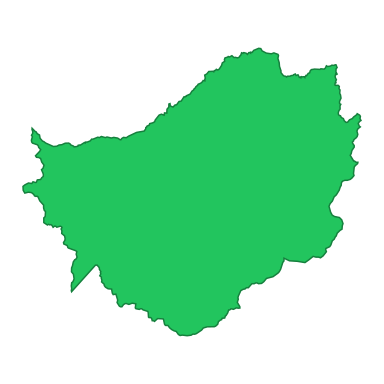 Planadas, Tolima, Colombia (orthographic projection)
{"feature_id": "7082276B16084639884321", "entity_name": "Planadas", "entity_type": "district", "adm_level": 2, "iso_a3": "COL", "parent_name": "Colombia", "parent_adm1": "Tolima", "projection": "orthographic", "projection_center": [-75.818, 3.098], "detail": "fine", "context": "isolated", "style": "filled", "palette": "green", "viewbox_px": 384, "rotation_deg": 0, "n_neighbors": 0, "source": "geoboundaries", "source_scale": "gbopen_adm2", "svg_char_len": 5872}
<svg xmlns="http://www.w3.org/2000/svg" viewBox="0 0 384 384"><path d="M353.7,161.0L350.2,155.3L351.2,153.6L351.9,150.5L354.2,147.1L354.2,145.6L352.6,143.2L352.4,142.0L353.6,140.9L353.8,139.7L356.3,137.7L357.2,136.4L357.8,134.4L356.9,131.0L357.9,128.8L360.3,126.9L359.2,126.0L358.2,123.4L359.6,121.4L361.0,120.5L360.0,118.6L360.4,116.3L359.6,115.1L357.2,113.7L356.7,114.7L353.6,117.0L352.3,118.6L349.5,119.8L347.6,122.2L346.0,122.4L344.2,120.7L343.4,118.6L341.3,117.5L340.5,115.8L339.2,115.4L338.4,114.3L338.3,112.6L339.0,110.5L340.1,109.1L340.0,105.9L340.8,104.3L339.8,103.8L339.5,103.1L339.6,101.2L341.0,98.2L340.5,94.9L339.7,93.3L340.0,90.0L339.0,88.6L339.3,86.4L338.1,85.3L335.5,85.4L334.9,84.9L335.2,82.9L336.0,82.7L335.6,81.1L336.4,79.8L335.4,77.8L335.1,76.1L335.7,73.9L336.6,74.5L337.1,74.1L335.9,71.8L336.1,68.7L337.1,67.6L336.0,64.8L335.1,64.8L334.1,65.4L331.8,65.2L330.4,66.1L327.6,66.5L326.4,65.8L325.4,68.0L324.2,69.1L320.8,68.8L320.1,69.4L314.6,69.1L311.4,69.6L310.3,70.7L309.6,72.9L308.3,73.3L306.7,75.5L305.9,75.5L305.8,76.2L304.9,76.7L304.8,77.4L304.2,76.7L301.8,76.9L301.3,76.6L300.7,76.9L300.7,77.7L300.0,77.2L299.4,77.4L298.0,74.8L296.1,75.5L295.3,74.0L293.6,74.7L293.1,75.4L291.0,75.6L290.5,76.1L288.7,76.3L287.9,76.1L286.5,77.0L285.8,76.3L284.2,76.1L283.1,75.3L280.9,72.5L281.0,70.9L279.5,66.4L279.2,62.7L277.9,58.3L278.5,55.6L278.0,54.4L273.9,52.9L271.3,53.8L266.3,53.1L262.1,50.9L260.8,48.6L258.7,48.3L253.7,50.4L252.2,52.4L250.7,52.2L250.6,53.2L249.5,52.5L248.8,52.6L247.4,54.4L246.3,53.3L243.9,52.6L243.3,52.7L242.9,53.4L241.6,52.8L240.7,55.3L240.0,55.8L239.3,57.1L237.6,57.9L235.2,57.3L234.0,57.6L231.9,55.7L229.4,57.0L228.2,56.5L227.7,57.1L225.0,57.9L224.4,59.6L224.7,61.3L222.3,62.9L221.6,65.4L219.2,69.1L217.8,70.0L216.3,69.3L215.5,70.4L214.3,70.6L213.8,71.8L212.8,71.3L208.8,71.5L206.7,74.0L204.7,75.1L205.3,78.3L204.8,79.2L204.9,80.8L203.2,80.5L202.2,82.0L200.7,83.2L198.2,84.2L197.5,85.4L195.9,86.7L195.2,88.0L193.9,89.1L193.7,89.9L192.0,91.1L190.1,94.1L186.7,95.6L186.3,96.3L185.5,96.3L184.9,97.0L184.0,96.8L181.2,101.1L179.0,101.5L176.6,104.8L175.0,105.0L173.0,107.1L170.3,105.9L170.0,103.6L168.9,104.0L168.8,107.1L167.0,109.2L166.8,113.1L164.5,112.9L164.1,115.2L161.4,114.2L159.1,115.1L155.3,119.9L154.6,121.8L152.6,122.9L149.7,123.6L149.3,125.0L146.9,126.2L146.5,127.2L145.8,127.5L145.7,128.9L144.1,131.1L136.6,132.4L128.7,136.1L126.3,137.7L123.5,137.4L121.6,138.6L121.0,139.7L120.2,139.8L117.7,138.1L113.8,137.4L111.3,138.0L107.0,137.0L105.4,137.6L101.3,136.5L99.5,137.6L97.8,137.2L92.9,139.2L91.7,139.1L90.2,140.9L87.2,142.1L85.6,142.1L85.2,143.0L84.5,142.5L80.2,145.2L79.5,145.0L78.1,145.3L77.9,146.2L76.8,146.5L74.1,146.9L73.6,146.1L70.9,145.0L70.1,143.9L68.7,143.1L65.2,143.2L61.8,144.7L59.0,145.0L56.9,146.2L53.4,146.5L45.6,143.0L43.7,141.5L42.6,141.2L40.1,138.3L39.5,135.0L37.1,133.6L36.3,132.0L35.1,131.4L32.1,128.3L32.0,129.5L32.8,131.9L32.6,133.5L31.5,135.3L32.4,136.7L31.4,140.2L31.7,142.0L32.5,143.1L37.4,144.8L38.2,145.7L38.7,147.4L40.7,149.7L39.6,151.4L35.5,155.8L36.5,157.3L38.7,157.5L40.6,158.5L41.7,162.0L44.0,165.2L43.0,168.3L41.5,169.7L43.3,174.0L43.3,176.4L41.7,177.8L40.6,179.5L37.3,179.9L36.3,182.4L35.4,182.5L33.0,181.8L31.8,183.5L28.5,183.0L25.0,184.8L23.0,186.4L23.2,190.3L24.8,193.1L28.3,192.2L31.5,192.6L33.8,194.5L34.5,195.9L35.9,196.4L37.0,196.2L37.9,196.7L39.8,200.9L43.6,205.1L43.6,208.0L44.3,210.4L45.5,211.6L45.2,216.5L43.8,217.9L43.8,222.6L47.4,225.0L48.5,224.3L49.8,224.9L50.9,224.6L52.0,225.4L53.1,227.3L54.6,226.1L55.8,226.3L56.8,227.2L60.2,226.2L61.5,226.7L62.0,227.6L61.1,229.0L61.9,230.8L61.7,233.5L64.5,235.8L65.1,238.3L64.9,240.3L63.5,242.5L63.8,244.0L67.2,245.5L67.9,247.6L68.6,248.1L75.7,250.7L76.8,251.6L76.2,254.2L77.1,257.2L75.9,259.2L74.8,259.7L73.3,261.9L72.5,265.7L71.6,267.9L71.5,271.8L73.4,274.2L74.1,279.0L72.8,281.9L71.7,282.7L71.3,285.9L71.7,288.6L71.3,290.6L71.6,291.7L95.4,265.2L97.1,265.1L99.3,267.7L99.4,269.4L100.8,271.6L100.4,272.6L100.8,273.9L99.8,275.8L101.4,277.1L101.3,278.4L101.9,280.2L101.6,281.9L104.2,284.3L104.3,285.6L105.5,287.2L108.1,288.8L111.6,289.1L112.3,293.1L113.2,294.6L115.9,294.1L117.7,300.1L117.1,302.6L119.4,306.2L120.6,306.8L121.9,306.8L123.5,304.6L125.1,303.6L126.2,303.5L128.9,304.4L132.2,303.2L135.8,303.8L135.3,307.9L135.9,308.7L139.3,309.4L140.8,308.7L141.7,308.8L143.1,309.9L147.8,311.4L148.2,312.5L148.5,317.1L149.0,317.6L150.8,317.6L151.7,318.6L152.2,320.7L153.5,320.7L154.5,321.4L157.6,318.6L163.1,318.9L163.6,319.8L164.5,324.1L165.4,325.4L168.0,325.5L169.5,327.7L171.6,329.5L174.0,330.8L176.3,331.5L178.4,334.5L180.1,335.5L182.3,335.1L187.1,335.7L191.1,335.2L192.9,334.1L194.7,334.2L196.4,333.6L201.6,330.1L203.3,328.0L207.3,326.8L214.3,326.7L215.7,326.1L217.7,324.3L218.4,321.7L220.5,320.0L221.6,319.7L222.1,318.3L224.7,318.0L225.4,315.8L226.0,315.6L227.7,312.9L228.6,310.0L229.6,310.0L231.1,308.8L233.5,309.3L236.3,307.9L238.5,308.2L239.9,308.0L239.8,306.6L237.3,302.4L238.3,299.1L237.9,298.0L238.3,296.2L240.8,290.6L243.4,289.2L245.0,289.0L246.4,287.7L248.4,287.7L251.9,283.7L254.2,283.7L255.8,282.9L257.0,282.9L258.5,283.7L261.6,283.4L263.8,281.7L266.5,278.4L273.0,276.7L278.0,273.1L279.2,271.8L280.6,269.3L282.8,262.4L283.9,261.0L284.0,258.2L289.5,260.8L297.3,261.3L304.5,262.5L305.1,262.5L309.3,259.5L313.1,256.4L315.9,257.1L318.5,257.1L320.5,257.8L323.1,255.9L326.4,251.7L325.7,249.8L325.8,248.5L329.7,246.7L330.9,244.9L332.3,240.8L334.2,239.2L335.3,236.9L336.2,236.0L337.2,233.2L340.1,230.3L342.0,229.2L342.3,225.7L343.0,223.6L341.7,219.8L339.4,217.5L334.5,216.5L332.2,215.1L330.6,212.1L329.0,206.3L330.1,203.7L332.4,201.0L334.1,196.9L336.3,194.9L339.2,190.2L340.2,187.1L341.2,185.4L341.4,183.1L341.9,181.9L342.9,181.0L344.9,180.3L347.3,180.3L350.2,179.4L351.9,178.1L354.0,175.6L353.5,173.6L354.2,167.1L355.3,165.6L357.6,163.6L357.9,162.3L355.9,162.2L354.5,161.0L353.7,161.0Z" fill="#22c55e" stroke="#15803d" stroke-width="1.5"/></svg>